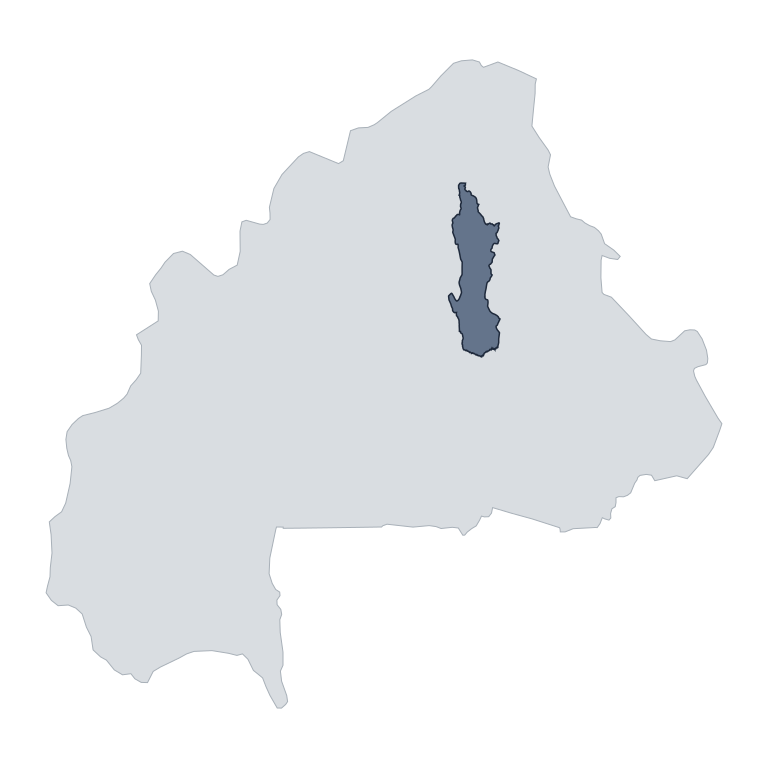 Namentenga, Namentenga, Burkina Faso shown in context
{"feature_id": "67063806B10845212636131", "entity_name": "Namentenga", "entity_type": "district", "adm_level": 2, "iso_a3": "BFA", "parent_name": "Burkina Faso", "parent_adm1": "Namentenga", "projection": "equal_earth", "projection_center": [-0.49, 13.239], "detail": "fine", "context": "in_parent", "style": "filled", "palette": "slate", "viewbox_px": 768, "rotation_deg": 0, "n_neighbors": 0, "source": "geoboundaries", "source_scale": "gbopen_adm2", "svg_char_len": 8994}
<svg xmlns="http://www.w3.org/2000/svg" viewBox="0 0 768 768"><path d="M595.1,527.5L573.1,528.7L565.1,531.9L560.3,531.9L560.1,529.3L559.6,527.7L531.8,518.8L512.4,513.5L492.6,507.6L491.5,513.1L488.7,516.7L484.4,516.9L481.5,516.1L479.5,520.3L476.2,525.9L471.7,528.6L467.2,532.1L464.7,535.1L462.8,535.2L458.3,528.0L452.3,527.3L441.1,528.5L436.1,526.6L429.2,525.6L413.0,527.1L387.0,524.2L382.7,525.8L381.6,527.0L355.9,527.4L327.6,527.8L303.9,528.1L283.2,528.3L283.2,527.1L276.5,527.0L275.8,529.4L269.8,558.1L269.1,573.7L272.2,583.4L275.7,589.5L279.7,592.1L280.0,595.6L276.9,600.1L277.1,604.7L280.8,609.4L281.7,614.4L279.8,619.7L280.2,632.3L283.0,652.2L283.0,665.2L280.4,671.1L281.6,681.2L286.7,695.5L287.6,701.6L285.7,704.4L281.5,708.1L277.2,708.0L272.2,699.3L270.0,695.5L266.0,686.7L262.6,677.9L257.9,674.0L253.4,670.4L247.9,659.2L242.5,653.9L236.9,655.4L228.6,653.3L211.9,650.6L194.0,651.4L186.6,653.9L179.2,658.0L160.5,667.0L153.2,671.4L147.5,682.6L141.2,682.4L134.9,678.8L130.9,673.7L122.5,674.8L114.3,669.9L106.4,660.1L100.6,656.9L93.1,649.9L91.1,636.5L86.4,627.1L82.2,614.0L75.8,608.1L68.3,605.0L58.1,605.7L51.4,600.4L46.1,592.8L47.5,586.2L50.0,576.8L50.3,567.7L52.0,553.1L51.1,534.7L49.3,521.9L55.0,516.6L61.6,511.8L65.7,503.1L70.1,483.6L71.9,466.7L70.7,460.5L68.5,455.6L66.8,448.3L65.9,439.4L67.1,431.7L72.1,424.5L78.4,418.5L82.8,415.6L94.5,412.7L109.1,408.2L117.5,403.2L123.7,398.1L127.1,394.1L130.7,385.9L136.3,379.6L140.7,373.2L141.4,355.4L141.5,345.2L138.3,339.6L136.5,334.8L158.2,320.9L158.4,311.1L155.4,300.1L151.3,291.3L149.7,283.6L155.7,274.7L161.1,268.0L165.0,262.2L173.5,253.5L182.4,251.2L190.3,254.5L213.8,275.0L217.9,276.4L222.9,274.8L229.1,269.4L237.2,265.1L240.2,251.4L240.0,231.2L241.9,221.9L246.2,220.3L259.7,224.1L263.3,224.4L267.2,223.1L270.1,219.5L270.0,213.0L269.4,207.3L273.9,188.5L282.0,174.5L298.4,156.9L303.5,153.4L309.4,151.6L338.5,163.6L343.3,160.7L350.5,130.7L358.4,127.9L368.0,127.4L374.1,124.8L377.3,122.7L391.2,111.4L415.7,96.0L428.9,89.3L431.5,86.8L440.9,75.9L453.5,63.3L461.4,60.8L472.4,59.9L479.4,62.0L481.3,65.5L483.5,67.3L497.9,62.0L518.5,70.5L536.4,78.9L535.2,84.1L535.1,93.5L533.6,108.3L531.9,126.1L539.2,137.6L548.1,150.0L550.5,154.8L548.1,167.0L549.8,174.2L554.5,186.1L562.4,201.2L570.6,216.8L576.2,218.8L581.6,220.1L584.8,222.9L589.6,225.6L594.4,227.4L598.5,230.8L601.2,234.1L604.6,243.7L613.8,250.1L620.2,256.4L617.7,259.5L609.6,258.3L602.1,255.5L601.1,260.1L600.9,277.8L602.1,292.5L603.9,294.4L611.4,297.2L629.5,316.3L645.9,334.3L651.4,339.0L660.4,340.8L670.6,341.6L674.9,339.9L684.7,330.8L689.9,329.8L694.7,330.0L697.3,331.5L702.1,338.9L706.5,350.2L707.8,358.5L707.4,362.9L705.9,364.6L697.9,366.7L694.4,368.4L693.5,370.9L694.8,376.4L696.4,380.0L705.2,396.3L718.0,418.1L721.9,423.7L719.7,430.3L713.3,447.4L708.5,454.5L687.2,478.7L676.7,475.8L654.8,480.7L651.5,475.2L646.3,474.4L640.0,475.4L637.7,477.5L637.0,479.9L634.7,483.2L630.7,492.8L627.5,495.3L623.6,496.8L618.8,496.6L616.0,497.8L616.0,502.6L615.2,506.7L611.9,508.8L610.6,513.4L610.8,518.0L609.0,520.1L604.8,518.9L602.3,517.7L600.0,523.6L597.2,527.6L595.1,527.5Z" fill="#d9dde1" stroke="#a8b0b8" stroke-width="1"/><path d="M498.1,239.1L497.2,238.2L496.9,237.0L496.2,235.7L496.1,234.1L496.0,233.6L496.1,233.3L496.4,233.0L496.8,232.8L497.3,232.1L497.6,231.3L498.2,230.0L498.3,229.2L498.7,228.6L498.8,228.2L498.7,228.0L498.8,227.7L498.7,226.9L498.5,226.7L498.2,226.0L498.8,225.2L498.8,224.7L499.3,223.8L499.3,223.2L499.1,222.9L498.7,222.9L498.2,223.2L497.1,223.5L495.5,224.3L495.0,224.9L494.5,225.7L494.2,225.9L493.8,225.5L493.4,224.9L493.3,224.7L492.5,224.5L492.2,223.9L490.8,224.0L490.4,223.3L489.8,223.1L488.7,223.7L488.2,224.2L487.2,223.9L487.0,224.0L487.0,224.7L485.7,224.1L485.3,223.5L484.5,222.1L483.8,219.8L483.6,218.5L482.7,216.6L481.5,215.6L480.8,214.5L478.2,211.8L478.1,211.5L478.2,210.4L477.8,209.4L477.5,207.8L477.6,207.1L478.2,205.9L478.2,205.6L478.8,204.4L478.3,204.2L477.7,204.2L477.0,203.3L476.7,200.0L476.3,198.6L475.8,197.7L475.4,197.2L473.4,195.9L471.4,195.1L471.2,194.8L471.1,194.4L471.1,193.6L471.1,193.2L470.7,192.8L470.4,192.0L469.6,191.3L469.1,191.0L468.7,191.0L467.8,191.6L466.5,191.3L466.3,191.2L466.0,190.5L465.0,189.7L464.8,189.1L464.9,188.6L465.3,188.0L465.4,187.7L465.2,187.0L464.8,186.5L464.5,186.4L464.1,186.0L464.6,185.6L464.8,185.7L465.4,185.1L465.4,184.1L465.3,183.8L465.5,183.2L460.9,183.0L459.8,183.4L459.6,183.7L459.2,184.5L458.6,185.2L458.6,187.2L458.7,188.2L458.7,188.7L459.0,188.8L459.2,189.1L459.4,190.5L459.4,191.2L459.7,192.1L459.6,193.5L459.6,193.8L459.1,195.2L459.6,195.3L459.6,195.5L459.8,195.9L459.7,196.4L459.9,197.6L460.3,198.6L460.6,200.2L461.2,201.4L461.3,202.7L461.2,203.2L460.9,203.4L460.8,204.0L460.5,205.0L460.6,205.6L460.5,206.5L461.1,208.2L461.1,208.6L461.0,209.0L460.2,210.3L459.6,212.5L459.6,213.1L459.7,213.7L459.6,214.7L459.4,214.8L459.0,214.5L458.7,214.4L457.3,214.5L456.7,215.1L456.5,215.5L456.2,215.8L455.6,216.1L455.4,216.6L455.0,217.0L454.5,217.8L454.1,218.1L453.4,218.2L452.6,219.2L452.3,220.2L452.3,220.7L452.8,222.3L452.8,222.9L452.8,223.3L452.3,224.2L452.1,225.1L452.4,227.1L453.1,229.6L453.1,230.5L452.8,231.8L452.8,232.5L455.3,239.2L455.2,241.1L455.2,242.2L455.4,243.3L455.7,243.9L456.0,244.2L456.5,244.4L457.8,244.2L458.0,244.4L458.2,246.0L458.1,247.5L459.0,250.6L459.9,255.0L460.1,256.2L460.6,258.8L460.8,259.4L462.2,262.0L462.2,262.9L462.1,267.0L462.1,274.3L461.8,275.1L460.2,277.9L459.8,279.7L459.2,281.7L459.1,282.9L459.5,285.0L460.8,288.5L461.4,291.4L461.5,292.8L460.8,294.8L460.2,296.4L459.9,296.8L459.9,297.2L459.6,297.8L459.2,298.8L458.2,300.2L457.3,300.9L456.7,301.0L456.0,300.5L455.8,300.2L454.8,298.8L454.1,297.3L453.9,296.8L452.0,293.6L451.6,293.3L450.9,293.6L448.8,295.7L448.6,296.0L448.6,296.5L448.9,299.0L449.0,299.9L450.8,303.9L451.5,306.5L452.5,308.5L452.6,310.4L452.7,310.8L453.8,312.2L454.6,312.7L455.1,312.5L456.0,312.6L456.5,312.5L456.3,313.3L456.3,314.0L456.5,314.6L456.5,315.7L457.6,316.7L457.6,317.2L458.6,319.0L458.9,319.9L459.1,321.2L459.1,322.6L459.3,324.7L459.2,325.6L459.4,329.5L459.4,331.3L460.5,331.5L460.4,332.1L460.7,332.9L462.0,333.6L462.3,334.1L462.3,334.3L462.6,335.1L462.8,336.5L463.0,337.1L463.2,338.1L462.9,339.4L462.4,340.4L462.3,340.8L462.4,342.5L462.0,343.0L462.1,343.6L462.4,344.2L462.2,344.4L462.6,345.3L462.5,346.2L462.8,347.1L463.0,348.3L463.3,349.0L463.6,349.5L463.8,349.5L464.0,349.9L464.6,349.8L465.7,350.5L466.3,350.2L466.5,350.4L466.5,350.7L467.1,350.5L467.7,351.2L468.0,351.1L468.3,351.3L469.6,352.4L469.9,352.1L470.0,352.3L470.1,352.2L470.4,352.5L470.9,352.7L471.6,352.9L471.6,353.4L472.1,353.2L472.2,352.9L472.7,352.8L472.7,353.0L472.8,353.3L473.4,353.6L473.8,353.6L474.4,353.5L475.5,354.7L476.2,354.9L476.3,354.5L476.7,354.5L476.8,354.5L477.2,355.1L477.4,355.4L477.8,355.2L478.5,355.8L479.0,355.6L479.4,355.8L479.8,355.8L480.4,356.5L480.7,356.4L481.0,356.5L481.3,356.3L481.3,356.7L481.7,356.9L481.9,356.5L481.8,356.1L482.1,356.1L482.4,355.6L482.5,355.8L483.1,355.9L483.4,355.7L483.5,355.4L483.6,354.9L483.9,354.4L484.0,353.5L484.2,353.4L484.5,352.9L485.5,352.5L485.7,352.0L486.8,351.9L487.1,351.5L486.9,351.3L487.2,351.2L487.7,351.5L488.1,351.0L488.6,350.9L488.9,350.6L489.4,350.5L489.6,350.3L489.7,349.5L490.2,349.4L490.1,349.7L490.5,349.8L490.7,349.5L491.1,349.6L491.3,349.2L491.4,349.4L491.7,348.7L491.8,349.3L492.1,349.2L492.0,348.7L492.2,348.3L492.6,348.1L492.8,348.2L492.9,348.4L493.1,348.4L493.1,348.7L493.3,348.8L493.2,349.2L493.6,349.3L493.6,349.0L494.1,348.8L494.2,349.3L494.6,349.3L494.8,349.6L494.8,348.7L495.3,348.6L495.5,348.4L495.8,348.7L496.2,347.8L496.4,347.6L496.7,348.0L496.9,348.0L497.1,347.8L497.6,347.7L497.9,347.3L497.9,346.9L497.6,346.7L497.9,346.0L497.9,345.8L498.1,345.2L498.7,342.7L498.7,338.8L499.5,332.8L498.8,331.7L497.3,329.9L496.6,328.6L496.2,327.5L496.1,327.0L496.1,326.1L497.2,325.2L497.4,324.9L498.0,323.2L498.6,322.1L498.8,321.4L499.2,320.9L499.3,320.3L499.7,319.9L499.7,319.5L500.0,319.0L499.7,318.8L499.1,318.2L498.8,318.1L498.5,317.5L498.3,316.8L496.9,315.5L494.8,314.3L492.5,313.4L490.8,312.1L489.9,311.1L488.1,307.4L487.6,306.2L487.7,305.4L488.0,302.9L488.0,301.7L487.8,300.2L487.4,299.8L486.0,299.4L485.4,298.7L485.1,298.3L484.8,297.2L485.0,297.2L484.9,294.4L485.5,290.9L486.0,288.8L486.6,285.0L486.9,283.4L487.3,282.5L487.7,281.9L488.8,281.3L489.7,280.1L490.0,279.4L490.2,278.1L491.9,275.6L492.1,274.9L491.6,274.6L491.1,273.8L491.0,273.3L491.0,269.9L490.7,269.2L489.9,268.2L489.6,267.3L489.0,266.1L488.9,265.8L488.9,265.6L489.6,264.5L490.4,264.2L490.7,264.0L490.9,263.6L492.0,262.4L492.2,261.7L492.2,261.1L492.3,259.7L492.4,258.9L492.9,258.3L493.1,257.8L493.4,257.4L493.7,256.9L493.7,256.6L494.7,255.5L494.9,255.0L494.9,254.7L494.5,254.1L494.4,253.3L494.1,252.7L491.6,251.8L491.1,251.5L490.9,251.1L490.8,250.0L491.0,249.3L492.0,248.2L492.1,247.9L492.2,246.7L492.6,245.5L493.4,244.1L494.1,243.5L494.5,243.4L495.0,243.4L495.5,243.6L495.9,243.6L496.2,243.7L497.4,243.8L497.9,243.5L498.0,242.8L498.3,242.1L498.3,241.8L498.4,241.5L498.6,241.3L498.9,240.7L498.1,239.1Z" fill="#64748b" stroke="#1e293b" stroke-width="1.5"/></svg>